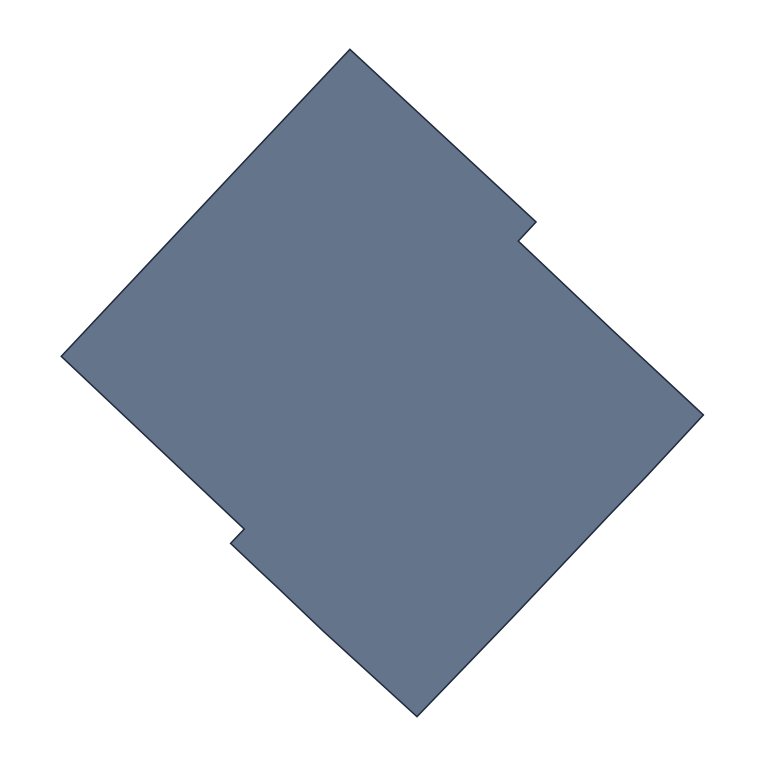 Washington, Wisconsin, United States of America (Robinson projection), rotated 313°
{"feature_id": "52423323B60034571779421", "entity_name": "Washington", "entity_type": "district", "adm_level": 2, "iso_a3": "USA", "parent_name": "United States of America", "parent_adm1": "Wisconsin", "projection": "robinson", "projection_center": [-88.256, 43.368], "detail": "fine", "context": "isolated", "style": "filled", "palette": "slate", "viewbox_px": 768, "rotation_deg": 313, "n_neighbors": 0, "source": "geoboundaries", "source_scale": "gbopen_adm2", "svg_char_len": 375}
<svg xmlns="http://www.w3.org/2000/svg" viewBox="0 0 768 768"><g transform="rotate(313 384 384)"><path d="M184.1,129.1L182.6,380.7L162.8,380.5L162.5,419.1L162.5,445.4L161.8,508.5L163.2,635.0L301.5,637.2L439.7,638.1L493.5,638.9L579.2,638.7L579.1,512.9L580.1,384.7L606.2,384.7L605.5,130.8L464.6,130.0L184.1,129.1Z" fill="#64748b" stroke="#1e293b" stroke-width="1.5"/></g></svg>